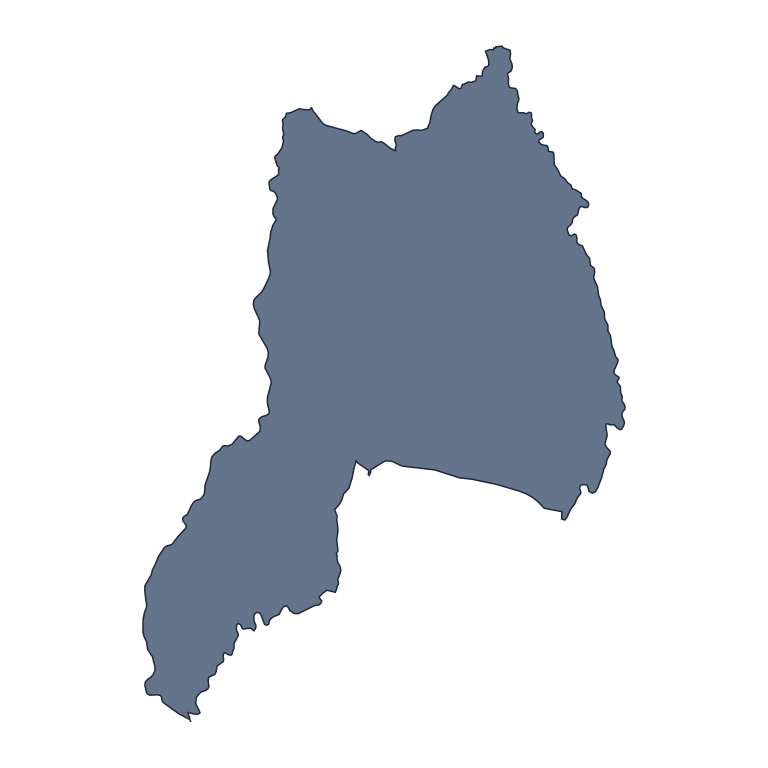 Saraphi, Chiang Mai, Thailand (Robinson projection)
{"feature_id": "78962969B91762901064506", "entity_name": "Saraphi", "entity_type": "district", "adm_level": 2, "iso_a3": "THA", "parent_name": "Thailand", "parent_adm1": "Chiang Mai", "projection": "robinson", "projection_center": [99.016, 18.691], "detail": "fine", "context": "isolated", "style": "filled", "palette": "slate", "viewbox_px": 768, "rotation_deg": 0, "n_neighbors": 0, "source": "geoboundaries", "source_scale": "gbopen_adm2", "svg_char_len": 6086}
<svg xmlns="http://www.w3.org/2000/svg" viewBox="0 0 768 768"><path d="M623.4,426.3L624.3,423.6L624.4,421.8L622.1,416.4L621.8,414.2L622.4,412.2L624.8,409.1L625.1,407.2L624.3,404.4L621.8,400.9L622.2,396.5L620.8,392.8L620.3,386.3L617.2,382.3L617.5,380.6L619.0,378.5L619.0,377.3L614.6,374.3L613.9,372.5L614.3,369.9L617.6,362.8L618.1,359.8L615.4,356.1L614.0,350.6L611.8,346.0L610.5,335.6L607.9,331.0L608.0,325.4L604.7,319.1L604.3,312.0L601.1,305.3L600.4,299.7L598.8,296.0L597.5,286.9L594.1,279.1L593.7,277.3L594.6,272.1L594.5,269.4L594.0,268.2L590.5,265.2L589.5,258.3L586.2,254.2L582.5,246.0L579.3,244.8L577.6,243.4L576.8,241.9L576.9,238.1L576.2,235.1L574.6,234.0L571.4,235.7L569.5,235.3L568.7,234.4L567.2,229.5L567.4,227.6L570.8,224.7L572.1,222.7L572.8,219.0L573.5,217.6L577.6,214.8L578.4,210.7L579.9,207.1L581.3,206.5L585.5,207.7L587.5,207.3L588.7,205.6L588.4,202.9L587.3,201.3L581.5,197.3L581.1,193.3L576.5,190.3L572.2,188.7L571.0,185.1L567.5,182.6L565.1,179.1L560.5,175.6L557.8,169.6L554.1,164.3L553.9,154.0L553.0,152.1L548.6,151.4L547.9,147.1L547.2,145.7L541.6,144.7L538.7,142.0L539.1,139.9L542.0,138.3L543.2,137.0L543.4,133.5L541.8,131.5L540.2,131.9L537.2,134.2L536.1,134.0L534.7,132.2L535.1,129.5L532.4,126.7L531.1,123.6L532.6,120.7L531.4,117.9L531.6,114.1L531.1,112.8L529.2,112.2L526.7,113.7L522.9,112.7L518.6,112.9L518.1,112.5L516.8,108.3L517.7,102.6L518.6,100.9L518.9,98.5L517.6,93.8L517.4,90.9L515.6,88.5L509.8,87.7L509.1,86.6L508.3,83.4L508.5,78.4L507.5,74.8L507.6,73.5L511.2,70.9L512.4,67.3L511.8,63.4L509.8,59.1L510.6,53.5L510.1,50.3L503.4,47.9L502.0,46.1L495.7,46.9L495.5,48.2L493.7,48.0L493.2,49.8L489.8,49.5L485.5,51.2L488.6,60.2L488.8,64.9L487.6,66.5L485.0,67.2L483.7,69.2L482.5,71.5L482.1,75.9L480.0,76.2L476.8,75.7L475.7,80.8L471.6,82.3L467.9,82.1L464.4,84.0L462.4,84.4L461.1,88.0L460.2,88.7L459.0,88.6L454.0,85.4L453.4,85.5L451.3,89.5L448.5,92.7L447.1,95.4L435.3,105.7L433.0,109.4L431.2,115.1L429.7,123.2L428.0,126.6L427.7,128.1L421.5,130.4L417.6,130.0L413.1,130.2L402.4,135.2L400.6,135.7L398.8,135.5L395.3,136.9L394.9,140.9L396.2,144.1L396.0,146.4L395.3,148.0L395.5,150.7L390.4,148.3L383.7,143.0L381.4,141.8L377.7,142.2L375.3,141.4L370.2,137.7L367.4,134.5L361.1,130.4L356.0,133.3L353.6,133.7L346.1,130.8L327.0,125.7L324.2,124.4L322.8,123.4L313.0,110.8L311.6,107.8L311.2,107.8L310.1,109.4L309.0,109.8L301.9,109.4L299.8,108.5L290.5,112.8L286.4,113.3L285.5,116.8L282.6,119.7L282.4,120.9L283.2,124.2L282.5,128.2L283.8,134.8L282.5,137.0L283.5,141.3L281.9,147.8L276.9,155.2L275.4,155.6L274.8,157.9L277.1,165.6L279.4,168.0L278.5,169.5L278.7,173.8L278.1,175.0L270.8,179.8L269.3,181.6L269.0,182.8L269.7,189.1L271.0,190.6L273.4,191.3L275.1,192.7L277.2,196.7L277.5,199.2L273.0,208.7L272.9,213.7L274.0,216.7L275.9,218.4L276.1,219.9L272.6,225.8L271.7,229.6L270.7,231.5L270.1,238.0L267.5,250.6L268.5,261.9L270.4,271.6L270.3,273.3L269.1,277.4L263.5,289.0L261.5,292.2L255.0,298.4L253.9,300.3L253.3,304.0L254.4,309.0L258.7,318.0L259.8,321.3L258.8,332.9L259.1,334.6L267.2,348.3L268.3,352.3L268.0,357.1L265.1,365.4L265.1,368.3L270.2,377.9L271.4,382.2L267.4,397.5L267.3,401.9L268.0,406.5L268.9,408.8L269.2,412.1L268.9,413.7L266.8,415.2L261.6,416.8L258.9,419.2L258.9,422.3L260.4,427.3L259.8,431.4L250.0,440.1L247.8,440.9L246.3,440.6L240.7,436.0L238.7,436.2L232.1,444.2L228.1,446.0L225.0,445.6L222.8,446.1L219.6,450.3L215.2,453.2L212.1,456.5L211.0,459.8L210.4,467.5L209.5,472.1L205.1,484.8L204.6,492.1L203.9,494.8L200.8,498.9L195.4,500.7L193.5,502.4L191.2,506.0L187.6,514.0L183.3,517.1L182.8,518.4L183.0,520.8L186.2,525.5L186.3,526.5L185.6,528.3L177.5,537.1L172.5,543.8L171.1,544.8L166.9,545.9L164.6,547.3L158.6,556.2L155.4,564.0L152.4,570.0L151.3,574.7L145.6,584.4L144.9,586.1L144.8,590.7L145.8,600.1L146.5,602.5L146.6,605.9L146.4,607.8L144.5,612.4L143.2,618.7L142.9,632.2L144.1,636.6L146.5,641.5L147.6,649.4L152.4,656.7L154.5,664.9L155.0,668.3L154.7,671.1L153.2,674.6L150.2,677.7L147.4,679.5L145.3,682.0L144.9,685.6L146.4,692.0L147.4,693.9L149.8,695.2L157.4,694.8L160.4,695.5L161.5,697.1L162.3,701.3L163.7,702.9L178.8,713.8L189.5,719.4L191.1,721.9L189.8,719.9L189.6,717.3L188.1,714.0L188.3,712.5L193.2,713.9L197.7,714.2L198.7,714.0L200.0,712.5L195.7,703.4L196.3,697.2L200.9,692.0L205.5,690.6L208.1,688.7L208.9,686.3L208.1,680.5L208.9,677.1L214.8,674.4L216.1,671.8L217.0,666.2L223.2,661.6L223.7,659.6L223.1,656.3L223.8,653.2L225.5,652.8L227.4,654.3L229.8,655.1L231.2,655.0L232.1,654.3L232.6,651.3L234.0,648.6L234.0,643.5L238.3,635.7L238.2,633.9L236.3,629.8L236.6,625.5L237.4,624.0L238.3,623.6L240.5,624.6L242.0,628.0L243.1,629.1L250.3,628.1L254.0,630.8L255.6,628.3L256.0,625.7L253.9,620.7L253.9,616.6L254.3,614.6L256.1,612.7L258.0,612.4L259.8,613.3L260.9,614.6L264.4,624.0L266.0,625.1L267.6,625.0L268.7,624.1L269.4,620.7L270.8,618.8L273.4,616.8L279.2,614.4L281.3,609.8L283.8,606.5L286.2,605.8L287.0,606.0L288.7,608.1L289.8,610.7L291.4,611.4L292.8,612.8L294.8,613.6L298.2,613.7L314.4,605.6L318.3,605.1L320.3,603.9L321.6,602.0L321.7,600.8L319.2,597.7L319.4,596.8L322.5,593.5L326.4,590.6L327.2,590.3L335.4,592.3L337.0,587.9L336.9,587.1L338.4,584.1L338.2,581.2L337.6,579.5L339.1,576.4L340.8,570.6L340.3,567.0L338.0,562.6L336.9,559.0L337.2,555.9L336.3,553.7L338.0,551.0L336.7,539.5L337.8,532.5L337.7,526.3L336.7,519.8L337.1,516.0L334.6,509.8L339.9,503.7L342.0,499.4L343.5,494.1L349.0,488.1L352.3,477.3L354.0,468.1L356.2,460.9L358.3,463.4L368.0,470.0L368.7,471.4L368.3,474.9L369.2,475.4L370.8,472.0L370.3,470.5L371.6,469.3L383.5,461.9L386.4,460.7L392.8,461.6L400.0,465.2L403.0,466.2L434.8,469.9L459.3,477.8L471.7,479.2L496.2,484.3L519.0,491.0L527.0,494.2L533.1,497.7L537.6,501.4L544.3,508.3L561.8,511.6L561.7,519.0L564.8,520.0L566.8,517.5L570.9,508.8L574.7,504.0L576.9,498.6L580.6,493.6L580.9,492.6L579.6,488.2L580.4,485.5L582.5,484.6L586.7,484.9L587.6,486.0L588.9,491.0L590.1,492.2L592.7,493.1L595.2,492.0L597.6,488.1L601.5,478.0L604.0,468.6L606.2,464.4L606.9,459.7L610.3,453.6L610.2,451.3L606.2,446.9L604.9,443.7L607.2,435.5L605.8,425.8L606.3,424.0L607.5,423.8L610.1,424.9L614.0,424.7L616.9,427.7L619.8,429.7L621.5,429.3L623.4,426.3Z" fill="#64748b" stroke="#1e293b" stroke-width="1.5"/></svg>